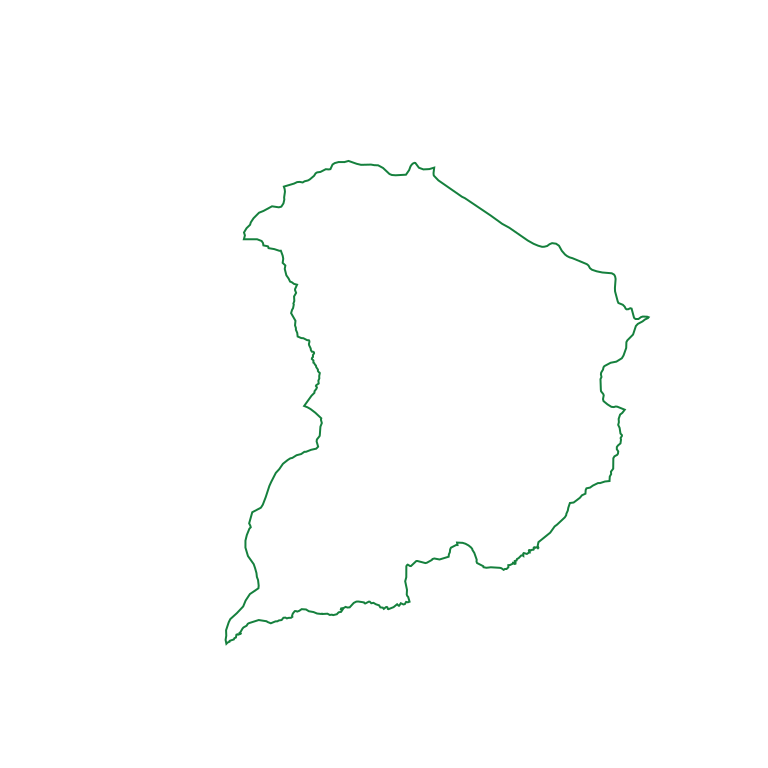 the district of Iedera, Dâmbovita, Romania, rotated 331°
{"feature_id": "2599482B64080351201146", "entity_name": "Iedera", "entity_type": "district", "adm_level": 2, "iso_a3": "ROU", "parent_name": "Romania", "parent_adm1": "Dâmbovita", "projection": "natural_earth1", "projection_center": [25.641, 45.048], "detail": "fine", "context": "isolated", "style": "outline", "palette": "green", "viewbox_px": 768, "rotation_deg": 331, "n_neighbors": 0, "source": "geoboundaries", "source_scale": "gbopen_adm2", "svg_char_len": 6166}
<svg xmlns="http://www.w3.org/2000/svg" viewBox="0 0 768 768"><g transform="rotate(331 384 384)"><path d="M534.2,578.2L536.6,574.4L539.0,572.9L540.0,570.7L543.4,569.2L548.6,560.1L550.5,559.0L553.7,559.0L554.9,558.3L556.2,556.5L556.0,553.9L557.1,552.0L558.8,551.2L562.0,550.6L564.3,547.6L564.7,546.0L567.0,544.7L567.3,543.9L566.8,542.0L568.8,536.6L569.0,533.3L570.9,531.3L572.3,528.3L575.7,525.2L578.4,524.8L582.1,523.2L577.0,516.9L575.7,516.0L573.8,515.6L571.8,514.2L569.6,510.2L567.7,505.4L568.2,503.4L570.7,500.4L570.9,499.0L570.3,495.7L570.8,494.3L575.7,484.7L577.6,483.3L578.4,480.7L579.5,479.3L582.5,477.6L584.1,475.8L585.4,475.2L592.5,475.3L598.1,477.1L604.5,476.8L607.3,475.2L613.3,469.9L616.3,464.9L618.0,463.8L625.8,461.5L632.4,455.4L635.1,454.5L640.5,454.6L643.5,454.1L646.8,454.3L647.8,453.9L646.9,452.8L643.1,450.5L641.3,450.1L638.1,450.5L635.5,449.1L634.9,447.8L634.9,446.9L637.1,438.1L636.1,437.1L633.8,437.0L632.4,436.3L631.9,435.3L632.0,433.1L631.3,430.5L628.3,426.8L628.5,424.9L631.0,415.0L632.5,412.0L637.5,404.4L638.3,401.9L638.3,399.9L636.9,397.6L629.0,392.3L624.7,388.6L621.3,384.9L620.3,382.6L620.3,379.5L619.5,377.5L609.8,365.3L607.7,363.2L606.1,360.8L605.1,358.5L604.1,353.7L604.1,347.9L602.5,344.7L599.3,342.3L596.6,342.0L593.6,342.4L590.6,341.6L588.7,340.6L585.9,337.8L582.8,333.9L579.3,328.2L569.3,308.0L565.0,301.2L559.0,288.4L544.8,260.6L543.0,258.1L530.3,232.3L528.7,226.3L528.7,225.4L529.6,223.5L532.8,219.1L527.8,218.0L522.5,215.4L519.4,211.8L518.6,205.9L517.8,205.3L515.9,205.2L514.3,205.7L512.7,206.5L509.7,209.1L504.7,211.6L495.4,207.1L492.2,205.0L490.6,203.0L487.9,194.6L484.9,189.9L481.6,187.9L479.0,185.8L470.2,181.2L466.9,178.2L461.1,171.7L456.9,170.7L452.0,167.9L448.0,166.9L445.4,167.1L441.3,170.1L439.8,169.6L437.2,167.9L431.2,167.7L428.1,166.5L426.3,166.6L423.8,168.0L418.2,169.1L416.1,169.1L412.8,168.2L410.6,168.3L408.3,166.4L405.9,165.3L402.5,165.1L392.1,162.8L391.6,165.4L390.6,167.8L387.1,172.4L386.2,174.4L383.6,177.3L380.2,179.1L377.7,178.5L372.2,174.3L362.4,174.2L357.7,173.6L350.2,175.8L345.8,178.1L344.1,179.8L339.3,181.1L335.0,183.6L334.4,186.6L331.6,189.5L343.2,195.9L346.3,199.6L346.5,202.1L345.7,204.3L349.1,207.2L349.3,207.6L348.9,209.2L353.4,212.8L357.1,216.8L358.4,217.4L357.6,222.6L356.6,225.6L354.1,228.9L355.2,232.5L353.0,235.2L351.3,241.6L351.7,245.6L351.5,248.9L352.7,250.3L353.8,252.8L356.1,255.0L352.2,257.9L351.7,258.8L351.3,261.7L347.8,263.8L345.8,267.9L343.7,269.8L343.6,270.8L341.2,273.6L339.5,274.6L337.1,277.0L337.2,285.8L334.6,289.6L334.1,292.3L333.2,293.9L332.9,297.2L331.5,300.6L333.9,303.7L335.7,304.9L338.1,308.5L339.5,309.3L339.6,309.9L339.2,311.0L337.7,312.6L337.3,313.9L337.1,317.4L336.5,318.9L336.6,320.8L337.7,321.5L338.1,322.4L337.7,323.3L335.9,324.2L335.0,325.9L333.9,326.2L333.0,327.1L333.7,329.2L332.6,331.1L333.1,331.9L333.0,333.5L333.4,334.8L332.9,336.5L333.2,339.3L332.5,340.6L332.7,342.1L333.2,342.9L333.0,343.5L331.2,345.6L330.1,347.8L328.2,349.3L327.1,351.9L324.2,352.2L323.5,352.7L323.7,354.4L322.6,355.4L319.8,356.6L318.8,358.0L314.9,359.1L303.5,364.5L305.8,367.3L307.6,370.3L310.0,375.8L312.5,383.6L311.5,384.7L310.7,388.0L307.7,390.5L303.0,397.7L302.3,398.4L298.4,400.0L297.2,401.6L296.0,406.9L293.4,407.7L288.3,406.2L283.0,405.5L281.5,404.7L277.6,405.1L273.0,403.9L268.0,404.2L266.0,403.6L262.8,403.8L256.9,404.8L251.1,407.7L246.3,409.3L237.8,415.0L234.3,417.6L225.7,425.6L219.5,430.8L217.3,432.0L216.3,432.5L206.6,432.3L198.5,440.5L198.4,443.0L198.0,444.7L196.1,445.3L190.8,449.6L186.9,453.8L183.5,459.9L181.6,468.5L182.7,478.4L182.0,482.4L180.8,487.5L179.3,491.1L178.8,494.4L176.6,499.7L175.1,501.8L164.9,502.7L158.0,506.3L153.0,510.3L144.2,513.1L135.6,515.1L132.7,517.1L126.5,522.8L124.0,527.7L121.4,531.0L120.2,534.8L121.9,534.3L124.0,534.5L124.5,533.8L128.8,534.6L129.9,533.8L131.6,533.9L133.4,531.7L134.6,531.9L134.9,532.5L137.4,533.0L137.7,532.8L137.5,532.5L136.8,532.6L136.6,532.2L136.8,531.7L138.2,531.4L141.7,529.3L143.1,528.8L146.6,528.8L148.6,527.7L150.0,527.7L160.0,529.7L166.3,534.6L166.7,535.6L169.0,538.4L174.0,539.0L175.8,539.9L177.3,539.8L180.0,540.8L182.7,539.7L184.5,540.5L185.4,541.9L187.0,542.2L189.4,543.4L191.0,543.2L191.2,542.2L192.9,540.6L195.8,539.4L196.9,539.9L197.8,541.0L199.9,541.3L202.8,541.0L206.5,543.4L208.1,546.3L211.8,549.3L214.2,552.3L217.6,554.7L218.4,554.8L218.6,555.3L223.2,557.5L224.6,559.7L226.6,560.5L227.5,561.5L231.1,562.5L233.6,561.7L236.0,562.5L238.3,561.3L237.0,560.2L237.7,559.5L240.3,560.4L242.3,560.3L243.7,561.8L245.7,562.7L251.4,560.8L254.3,560.9L256.1,561.8L260.6,565.3L260.7,566.4L261.3,566.9L265.3,567.0L266.0,567.5L266.6,569.6L268.7,570.3L270.1,572.7L272.4,575.2L272.5,577.6L274.5,579.0L274.8,580.6L277.4,580.1L278.4,580.4L278.7,581.1L278.3,582.6L278.7,583.1L284.2,583.8L288.7,583.0L289.3,585.0L289.8,585.3L292.4,583.9L294.1,586.2L295.5,586.6L297.7,585.3L299.0,586.5L300.8,586.8L301.9,582.0L301.6,580.6L301.8,579.2L304.3,575.2L306.9,566.8L309.8,563.8L315.2,554.2L316.2,553.6L317.2,553.5L318.5,555.8L319.3,556.3L326.4,554.5L327.4,555.0L333.4,560.7L334.8,561.1L340.5,561.1L341.5,560.6L343.4,561.0L347.5,564.4L356.8,566.4L358.2,564.4L360.0,563.1L361.7,560.7L363.2,559.6L369.0,559.8L370.2,560.5L371.0,558.1L375.7,561.0L377.8,563.2L379.7,566.2L380.9,569.2L381.2,571.0L380.9,572.0L381.1,575.5L379.9,582.6L378.8,584.2L378.6,585.7L382.5,591.5L382.2,592.5L384.5,594.4L388.6,596.1L396.3,601.0L397.4,602.1L398.5,604.5L400.1,604.4L401.5,605.2L403.9,604.6L404.9,602.7L406.4,603.4L409.4,603.6L410.2,602.8L411.2,603.4L410.8,604.4L411.1,604.8L411.9,604.9L412.6,603.7L412.3,602.9L412.6,602.2L414.4,602.6L415.6,601.5L417.2,601.6L420.9,600.5L422.0,600.9L422.5,601.9L423.6,599.8L424.3,599.6L426.6,601.9L428.9,601.7L429.7,602.0L429.8,600.1L430.5,599.6L431.1,600.0L431.0,600.8L432.8,600.7L434.4,601.4L435.0,601.0L435.4,599.9L436.2,599.6L436.8,599.9L437.0,600.6L438.5,600.8L439.0,602.3L439.6,602.1L440.0,600.0L442.4,597.2L457.3,594.6L464.2,591.3L467.2,590.9L477.5,588.3L479.7,587.1L480.6,585.9L483.4,583.8L485.2,581.6L488.9,578.2L492.4,579.6L500.1,578.5L503.2,577.3L507.0,577.6L509.0,574.5L510.5,573.4L514.0,574.5L517.5,574.1L523.1,574.4L524.9,575.4L530.0,576.4L534.2,578.2Z" fill="none" stroke="#15803d" stroke-width="2"/></g></svg>